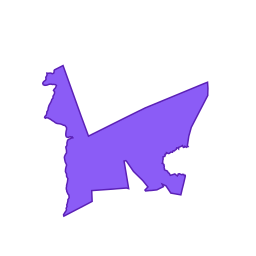 Pedro II, Piauí, Brazil, rotated 160°
{"feature_id": "56859067B62049528503513", "entity_name": "Pedro II", "entity_type": "district", "adm_level": 2, "iso_a3": "BRA", "parent_name": "Brazil", "parent_adm1": "Piauí", "projection": "mercator", "projection_center": [-41.343, -4.536], "detail": "fine", "context": "isolated", "style": "filled", "palette": "violet", "viewbox_px": 256, "rotation_deg": 160, "n_neighbors": 0, "source": "geoboundaries", "source_scale": "gbopen_adm2", "svg_char_len": 2840}
<svg xmlns="http://www.w3.org/2000/svg" viewBox="0 0 256 256"><g transform="rotate(160 128 128)"><path d="M185.5,207.3L185.8,205.9L186.5,204.9L187.9,203.8L188.4,201.8L189.2,201.1L191.2,200.5L192.3,199.8L192.9,198.9L192.8,197.6L191.5,196.5L190.3,196.2L189.0,196.0L187.4,196.1L185.4,195.6L184.1,194.7L183.1,194.5L181.3,193.5L180.7,192.4L181.9,191.1L182.6,190.4L184.0,189.8L185.2,188.8L184.6,187.2L185.4,185.4L186.2,184.6L187.2,183.9L187.7,183.3L188.3,181.7L189.3,181.2L190.0,180.7L191.0,179.3L194.5,176.2L196.1,174.1L197.0,172.4L197.8,171.6L198.7,171.0L199.3,169.6L200.6,167.9L202.1,167.3L202.8,166.3L202.2,165.4L201.2,165.6L199.4,164.6L198.9,163.7L198.0,162.9L196.6,160.8L195.4,159.4L194.4,157.7L193.1,156.5L190.2,155.0L188.4,153.5L187.8,152.7L186.5,152.1L185.6,149.5L186.2,147.7L187.4,145.9L188.5,143.7L189.0,142.0L188.9,140.7L187.6,139.6L185.2,139.6L184.5,139.0L183.5,138.8L183.2,137.7L184.6,137.9L186.0,137.7L187.6,137.6L188.9,137.2L190.5,134.9L191.0,133.3L191.7,132.2L192.9,131.5L193.2,130.0L193.4,128.3L194.3,125.6L195.8,124.6L196.4,123.9L197.2,123.2L197.9,122.1L198.3,119.9L198.6,117.5L198.3,114.7L198.7,113.6L199.6,112.5L200.7,110.8L201.7,108.5L201.7,107.2L201.4,105.9L201.8,105.0L202.3,103.3L202.0,102.1L201.8,100.9L202.3,100.1L203.5,97.8L205.3,95.2L205.7,94.1L206.4,93.0L206.9,91.7L206.9,90.7L207.2,89.5L207.0,86.3L206.5,85.3L207.1,82.7L209.0,81.2L209.4,80.1L209.9,79.3L210.6,78.3L211.0,77.6L211.9,76.7L212.1,75.2L213.6,73.7L213.8,72.2L214.4,71.5L216.5,70.0L218.3,68.5L218.4,67.1L192.6,70.5L186.8,71.3L183.5,81.6L161.8,75.4L160.6,75.1L149.9,72.1L148.1,70.8L143.0,98.3L141.2,98.1L140.6,96.7L137.7,85.3L132.1,73.6L129.4,65.8L133.3,63.9L133.0,62.8L128.9,61.8L127.4,61.3L122.0,60.0L114.8,60.8L115.1,63.6L112.1,60.7L110.6,54.6L110.0,52.2L101.2,47.1L98.0,52.0L95.9,55.1L95.0,56.4L90.7,63.0L90.4,63.9L91.4,64.1L91.4,65.2L92.5,65.8L93.3,65.6L94.1,66.2L94.8,66.9L95.5,67.5L96.6,67.6L97.2,66.7L98.1,66.1L99.7,68.8L104.4,69.0L104.6,70.2L104.7,71.2L105.5,72.3L105.7,73.9L106.3,74.7L107.4,75.5L108.0,76.4L107.6,77.4L107.7,78.3L106.9,79.9L107.1,80.7L106.7,81.4L107.2,82.3L107.9,83.2L107.1,83.7L106.7,85.0L106.2,85.9L105.7,86.6L105.3,87.8L104.8,89.0L103.2,88.7L102.4,89.6L102.3,90.6L100.7,90.8L100.3,91.7L98.8,90.2L97.9,90.0L95.9,90.7L94.5,90.0L93.3,91.1L92.3,90.6L91.2,91.1L90.0,91.4L89.1,92.7L88.2,92.4L87.6,91.1L86.9,92.5L85.2,92.5L83.9,92.6L82.9,92.9L82.6,90.8L81.7,90.7L80.9,91.4L80.3,90.8L79.9,89.9L78.7,90.1L77.9,90.0L78.2,91.2L74.2,98.5L73.6,99.6L68.3,107.0L55.2,119.1L41.9,131.3L41.4,132.7L39.3,138.0L37.6,143.8L42.1,143.7L83.5,141.9L104.9,141.0L110.1,140.4L112.4,140.2L127.7,138.5L154.7,135.4L167.9,133.9L168.0,155.1L167.7,208.9L176.0,207.9L176.9,207.8L177.7,207.4L178.2,206.1L179.0,205.0L180.2,204.8L180.9,205.2L181.6,205.9L182.5,206.3L183.5,206.5L184.7,206.9L185.5,207.3Z" fill="#8b5cf6" stroke="#5b21b6" stroke-width="1.5"/></g></svg>